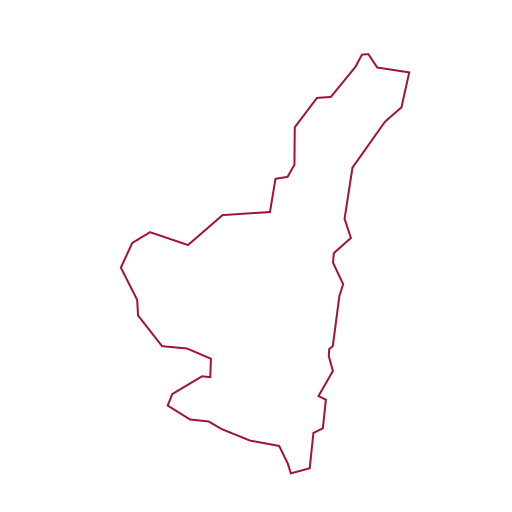 outline of Boboye, Dosso, Niger, rotated 6°
{"feature_id": "23599985B30838539224942", "entity_name": "Boboye", "entity_type": "district", "adm_level": 2, "iso_a3": "NER", "parent_name": "Niger", "parent_adm1": "Dosso", "projection": "natural_earth1", "projection_center": [2.857, 13.176], "detail": "fine", "context": "isolated", "style": "outline", "palette": "rose", "viewbox_px": 512, "rotation_deg": 6, "n_neighbors": 0, "source": "geoboundaries", "source_scale": "gbopen_adm2", "svg_char_len": 816}
<svg xmlns="http://www.w3.org/2000/svg" viewBox="0 0 512 512"><g transform="rotate(6 256 256)"><path d="M183.8,414.0L207.5,425.5L226.2,425.5L239.8,431.7L269.4,440.2L298.9,442.5L309.3,459.1L313.4,468.5L331.6,461.5L331.6,434.5L331.6,426.0L340.5,420.3L340.5,391.6L332.8,388.8L344.5,362.3L338.9,348.1L338.5,341.0L341.8,337.5L343.1,287.3L345.6,274.9L333.3,254.6L333.1,245.0L348.5,228.1L340.2,209.8L342.7,158.0L370.1,109.2L375.0,103.8L385.1,93.0L389.2,57.4L356.9,55.9L346.6,43.5L340.3,44.7L335.2,57.4L313.8,90.0L300.1,92.4L281.1,123.9L283.1,144.7L284.7,161.2L279.1,174.0L267.3,177.2L265.3,210.8L218.5,218.8L187.2,252.2L148.1,243.4L131.6,255.9L122.8,281.7L142.4,312.0L144.9,327.5L172.0,355.5L197.0,355.2L221.9,362.9L223.2,381.3L214.9,381.3L187.2,402.0L183.8,414.0Z" fill="none" stroke="#9f1239" stroke-width="2"/></g></svg>